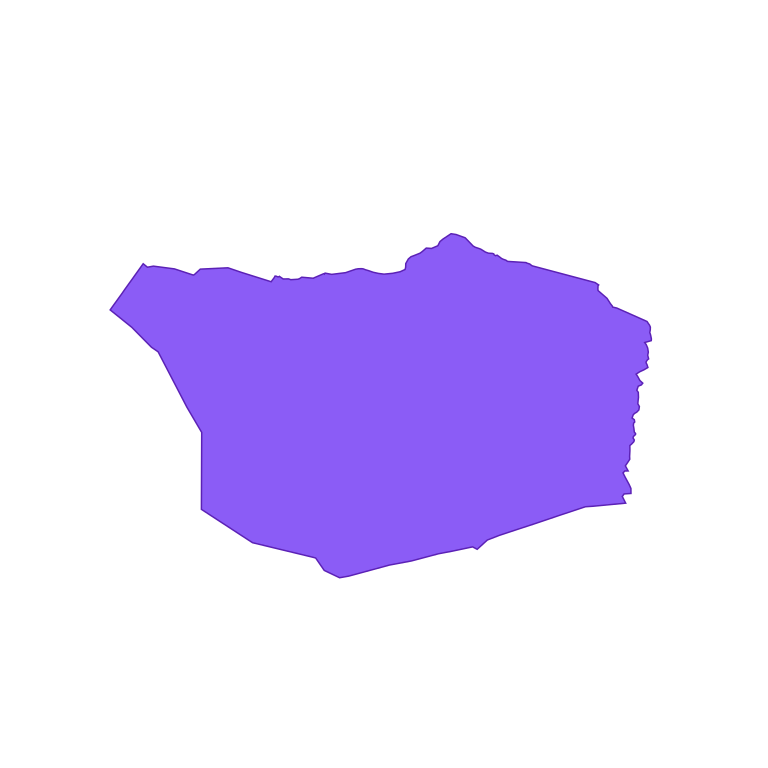 Santiago Yolomécatl, Oaxaca, Mexico (Natural Earth projection), rotated 128°
{"feature_id": "50627088B72643928599423", "entity_name": "Santiago Yolomécatl", "entity_type": "district", "adm_level": 2, "iso_a3": "MEX", "parent_name": "Mexico", "parent_adm1": "Oaxaca", "projection": "natural_earth1", "projection_center": [-97.594, 17.466], "detail": "fine", "context": "isolated", "style": "filled", "palette": "violet", "viewbox_px": 768, "rotation_deg": 128, "n_neighbors": 0, "source": "geoboundaries", "source_scale": "gbopen_adm2", "svg_char_len": 2595}
<svg xmlns="http://www.w3.org/2000/svg" viewBox="0 0 768 768"><g transform="rotate(128 384 384)"><path d="M172.8,215.2L180.8,247.3L182.6,251.2L182.0,252.1L181.3,255.0L179.2,261.0L178.6,272.8L177.4,274.0L175.8,275.1L174.9,275.8L173.8,275.8L174.1,280.1L199.4,339.4L199.7,340.3L199.7,343.0L200.7,345.7L200.9,346.9L211.3,362.1L211.4,364.2L212.3,366.8L212.7,368.6L212.7,370.4L212.8,374.1L214.3,375.2L214.4,376.9L213.9,377.6L214.3,378.9L216.6,382.2L217.6,385.3L218.1,390.3L218.4,391.6L220.1,396.4L220.4,398.8L218.8,410.0L221.8,419.2L224.3,423.7L233.6,426.8L237.3,427.6L241.9,426.7L247.9,430.0L250.9,434.4L256.0,435.4L258.6,436.1L263.8,439.1L267.1,441.1L270.5,441.8L275.7,441.0L278.7,438.8L280.8,437.9L285.6,440.4L291.4,445.3L297.4,451.6L300.3,456.5L302.6,461.3L304.2,466.0L305.4,469.0L306.0,471.1L306.6,472.2L307.6,473.5L309.0,475.2L311.1,477.1L319.9,482.8L329.8,492.7L332.9,498.7L333.9,498.6L333.8,499.0L334.5,499.6L343.6,504.6L344.1,504.7L350.5,514.6L352.9,515.4L354.4,516.3L359.2,521.7L359.9,523.9L363.3,528.1L363.6,532.7L363.9,532.7L364.8,533.4L365.1,534.1L365.4,535.3L366.0,536.3L367.6,536.0L368.1,536.0L372.9,535.9L383.8,565.0L388.5,578.5L406.6,599.5L414.6,600.8L415.6,601.4L422.3,620.0L433.1,638.3L437.6,642.3L437.5,647.8L452.0,647.2L456.0,647.0L461.7,646.8L466.1,646.6L468.8,646.5L474.0,646.2L489.9,645.6L494.2,645.4L494.6,617.6L498.2,589.9L497.7,581.8L523.6,525.1L534.0,498.8L534.3,497.9L595.2,450.7L591.5,407.4L590.0,389.9L564.1,332.9L563.2,330.7L567.7,316.3L564.0,299.7L557.1,293.5L549.5,287.8L523.4,268.3L506.5,253.4L484.3,236.6L473.7,227.3L457.8,213.9L456.9,208.8L443.3,206.5L432.4,200.0L416.5,189.4L400.7,178.8L393.1,173.8L380.3,165.4L356.7,149.7L351.8,144.2L329.1,120.2L325.9,127.0L322.8,127.1L318.2,122.0L314.3,125.1L312.3,128.9L308.9,136.7L306.9,140.9L304.3,140.7L302.2,138.1L299.9,143.4L295.4,143.7L292.0,144.0L289.8,145.9L285.1,149.2L281.1,152.4L278.9,151.9L275.6,151.6L274.0,152.3L273.2,154.5L272.0,155.1L270.7,155.0L269.0,154.7L268.1,155.3L267.8,157.1L264.9,160.0L263.0,162.1L261.1,163.2L259.6,163.0L258.0,164.8L258.1,167.5L255.1,168.6L253.1,168.5L250.6,167.5L247.5,167.2L244.5,168.9L243.3,171.8L240.7,173.5L237.9,175.2L234.0,178.5L233.3,180.9L229.2,182.3L226.2,180.6L224.0,180.6L223.7,184.5L222.0,188.4L221.0,191.4L216.9,190.0L212.8,187.9L208.5,186.2L206.8,188.7L205.9,190.6L204.8,191.2L203.8,191.2L202.9,191.3L202.3,191.2L201.3,190.9L199.0,193.9L196.2,195.3L193.3,198.4L191.5,201.7L190.8,204.1L185.3,200.1L183.9,201.0L181.9,203.3L180.7,204.8L179.9,206.2L177.4,207.5L175.2,209.1L174.1,211.1L173.9,211.9L172.8,215.2Z" fill="#8b5cf6" stroke="#5b21b6" stroke-width="1.5"/></g></svg>